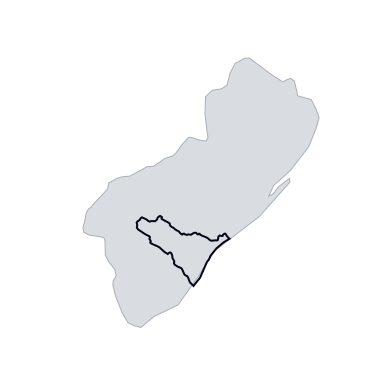 La Libertad highlighted on a map of El Salvador, rotated 294°
{"feature_id": "SLV-1346", "entity_name": "La Libertad", "entity_type": "Department", "adm_level": 1, "iso_a3": "SLV", "parent_name": "El Salvador", "parent_adm1": "", "projection": "robinson", "projection_center": [-89.306, 13.743], "detail": "fine", "context": "in_parent", "style": "outline", "palette": "ink", "viewbox_px": 384, "rotation_deg": 294, "n_neighbors": 0, "source": "natural_earth", "source_scale": "10m", "svg_char_len": 3551}
<svg xmlns="http://www.w3.org/2000/svg" viewBox="0 0 384 384"><g transform="rotate(294 192 192)"><path d="M136.9,105.9L140.0,106.6L160.4,113.7L166.4,112.3L174.1,118.0L177.8,122.5L181.1,128.6L197.1,141.0L199.9,146.5L211.9,153.8L216.7,159.4L221.8,161.7L231.9,163.8L240.5,166.8L241.5,168.8L242.3,177.1L244.2,184.1L248.2,184.6L253.2,181.2L269.3,171.8L284.6,165.6L293.2,169.3L298.3,177.1L304.1,180.6L316.1,178.4L327.1,179.1L335.7,185.9L337.7,189.9L332.5,212.5L330.6,222.2L329.6,230.4L332.7,232.6L335.8,235.8L335.1,240.2L325.7,247.5L322.8,249.3L324.9,263.3L318.0,271.8L311.5,277.9L300.2,279.5L281.1,280.2L252.2,273.3L230.9,263.9L219.5,263.8L223.1,266.9L232.2,268.9L244.1,275.6L240.7,277.4L197.3,263.6L147.3,236.5L117.3,232.1L83.1,225.1L62.8,207.9L47.6,200.5L46.3,194.0L46.5,186.8L53.4,177.2L66.2,164.2L74.8,157.5L78.7,156.2L84.4,156.8L89.8,153.1L94.4,144.2L99.3,138.4L111.6,132.6L114.4,130.2L113.5,125.2L110.8,115.5L111.2,109.5L115.2,106.8L120.1,106.2L130.1,103.8L134.4,104.3L136.9,105.9Z" fill="#d9dde1" stroke="#a8b0b8" stroke-width="1"/><path d="M164.6,245.3L158.7,241.3L150.5,237.3L141.5,234.9L137.3,234.9L134.2,234.1L116.9,234.2L109.5,232.2L106.8,231.6L107.2,230.7L108.4,227.4L109.1,226.3L112.2,223.3L112.7,222.6L113.1,222.0L113.2,220.3L113.4,219.2L113.7,218.5L114.0,218.0L114.3,217.8L114.5,217.6L117.2,214.6L117.8,213.7L118.1,213.0L118.1,212.6L118.0,209.5L118.2,207.9L118.5,206.2L118.8,205.5L119.1,205.0L119.3,204.7L119.8,204.4L120.1,204.3L120.9,204.2L121.4,204.0L121.9,203.6L123.3,201.6L124.0,200.9L125.8,199.8L126.6,199.1L127.4,198.3L127.8,197.7L127.9,197.2L127.9,196.8L127.8,196.5L127.6,196.2L127.4,196.0L127.1,195.8L126.8,195.6L125.5,195.1L126.0,191.3L128.2,184.8L128.4,181.8L128.3,179.3L128.4,175.6L128.6,174.8L128.8,174.5L129.0,174.3L129.3,174.3L129.7,174.3L130.0,174.4L130.3,174.3L130.7,174.0L131.7,172.3L131.9,172.2L132.3,172.1L132.7,172.1L133.1,172.1L133.8,171.8L134.0,171.4L134.2,171.0L134.3,168.3L134.3,167.9L134.5,165.9L135.8,158.2L136.4,157.2L136.8,156.3L137.8,155.8L139.2,155.5L140.3,154.9L141.5,153.9L142.8,154.1L145.0,155.5L147.0,155.8L147.4,156.0L148.5,156.6L148.4,161.3L147.7,164.2L147.7,165.0L147.8,165.5L148.5,166.1L148.8,166.6L149.2,167.3L149.8,168.9L150.1,169.7L150.5,170.2L151.0,170.5L151.6,170.8L152.6,171.2L152.9,171.2L154.0,171.1L154.4,171.1L154.8,171.2L155.1,171.3L155.5,171.4L155.9,171.6L156.3,172.1L157.0,172.4L157.1,172.7L157.2,173.0L156.9,173.9L156.7,174.7L156.7,174.8L155.7,174.9L155.3,175.0L155.1,175.2L155.0,175.7L154.4,183.4L154.2,184.2L154.1,184.5L153.8,184.7L153.2,185.0L152.9,185.2L152.7,185.4L152.3,185.9L152.1,186.6L151.9,187.2L151.7,189.7L151.4,190.7L151.0,191.8L150.8,193.1L150.7,195.3L150.6,195.9L150.5,196.2L149.6,198.0L149.1,199.7L149.1,200.3L149.3,200.6L149.7,200.7L150.1,200.7L150.7,201.6L150.5,203.0L150.6,204.3L150.8,204.6L150.9,204.9L151.1,205.2L151.6,205.6L151.8,205.9L152.0,206.4L152.2,207.5L152.4,208.1L152.6,208.5L152.9,208.7L154.6,209.8L154.8,209.9L155.4,210.4L156.2,211.6L156.3,212.2L156.3,212.6L155.9,213.4L155.6,214.2L155.6,214.6L155.9,214.9L156.8,215.4L156.9,215.8L156.9,216.1L156.7,216.3L156.4,216.6L156.3,217.4L156.2,218.7L156.4,224.4L156.3,224.9L155.6,227.1L155.3,228.2L155.3,228.9L155.3,229.4L157.3,232.9L158.0,234.6L158.2,234.9L158.4,235.0L158.8,235.1L159.2,235.0L159.9,234.9L161.1,234.4L161.9,234.3L162.3,234.4L162.6,234.5L163.5,234.9L163.9,237.2L164.3,237.8L164.6,237.7L165.1,237.8L165.8,237.9L167.0,238.5L167.4,239.0L167.5,239.4L167.2,240.0L166.6,240.8L166.4,241.1L166.2,241.3L165.3,243.2L164.9,244.0L164.6,245.3L164.6,245.3Z" fill="none" stroke="#020617" stroke-width="2"/></g></svg>